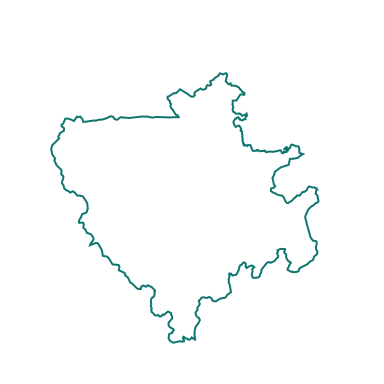 the district of Lalangina, Haute Matsiatra, Madagascar, rotated 149°
{"feature_id": "10022922B72540367204165", "entity_name": "Lalangina", "entity_type": "district", "adm_level": 2, "iso_a3": "MDG", "parent_name": "Madagascar", "parent_adm1": "Haute Matsiatra", "projection": "albers", "projection_center": [47.222, -21.414], "detail": "fine", "context": "isolated", "style": "outline", "palette": "teal", "viewbox_px": 384, "rotation_deg": 149, "n_neighbors": 0, "source": "geoboundaries", "source_scale": "gbopen_adm2", "svg_char_len": 5973}
<svg xmlns="http://www.w3.org/2000/svg" viewBox="0 0 384 384"><g transform="rotate(149 192 192)"><path d="M98.1,257.6L99.8,260.5L103.4,263.0L103.5,263.9L103.0,265.1L105.1,265.5L106.1,269.5L101.3,274.6L101.6,276.3L105.0,276.9L106.6,279.1L107.3,279.3L109.8,278.0L113.9,278.0L115.5,277.2L119.4,277.6L119.9,277.1L119.8,275.0L120.5,274.0L122.3,274.2L123.6,275.7L125.6,274.9L126.1,273.9L127.6,273.4L129.5,273.9L130.6,274.7L131.4,276.3L137.7,276.1L139.1,275.4L139.8,273.5L141.6,273.0L143.3,274.0L144.3,275.6L144.8,277.4L149.3,286.2L154.0,285.0L155.2,285.1L156.5,286.1L162.0,285.9L163.7,286.2L164.3,285.9L164.9,283.7L164.2,281.5L165.0,279.2L164.6,278.3L166.3,276.7L166.5,275.4L166.1,270.3L166.2,266.8L164.9,265.4L164.9,263.1L172.5,267.3L184.6,275.1L187.5,276.0L191.4,279.6L196.9,282.9L207.6,287.7L214.8,292.9L218.8,292.5L219.5,292.8L220.8,294.6L220.9,297.0L222.4,298.7L224.2,299.1L226.7,299.1L231.9,300.4L234.6,301.9L237.9,302.7L238.5,303.5L247.6,307.3L249.1,308.2L248.4,310.9L249.0,314.3L250.8,314.6L251.9,315.9L256.6,313.6L258.3,316.3L261.1,319.3L262.8,320.1L267.3,316.9L269.4,316.8L269.9,315.1L269.1,313.9L268.9,312.5L270.4,310.4L274.3,310.5L275.5,310.1L275.9,309.5L277.8,308.6L278.5,307.0L278.4,306.3L287.9,304.0L290.6,301.3L292.4,296.3L292.1,291.2L293.7,290.0L294.3,284.5L292.7,278.6L292.7,277.5L295.0,274.7L294.2,271.8L295.0,270.3L298.5,267.4L298.9,266.4L298.7,263.9L299.7,260.9L298.9,258.3L297.5,256.5L296.7,254.2L293.8,254.0L292.8,252.1L292.3,248.4L291.7,247.6L289.9,246.7L287.8,244.2L287.5,238.6L287.7,236.1L289.9,231.4L292.7,229.0L293.8,228.8L297.5,229.6L300.6,227.3L302.9,226.2L304.5,224.4L304.4,223.5L302.2,222.6L301.1,221.5L301.4,220.0L303.5,217.4L303.5,216.7L302.7,214.9L303.2,211.1L300.7,208.4L300.2,206.5L300.2,203.4L300.8,201.9L305.4,200.0L306.8,198.9L300.9,197.9L299.9,197.3L299.1,196.2L299.2,188.5L301.3,183.3L297.9,180.1L297.4,177.6L297.4,170.9L292.6,167.3L292.6,165.7L293.3,164.4L294.9,163.0L294.9,162.4L291.5,157.5L291.5,156.0L292.3,155.0L291.0,151.9L291.5,146.1L290.5,144.6L288.8,137.8L287.6,136.1L286.8,136.1L286.1,135.2L285.4,135.5L284.2,137.0L282.8,137.2L281.7,136.7L280.5,134.7L279.9,134.4L278.3,135.0L276.6,133.0L275.4,130.8L274.4,126.7L274.8,126.1L275.5,126.1L276.3,124.0L277.8,122.6L279.3,121.8L280.3,122.0L282.1,121.3L283.3,120.0L284.6,116.9L286.0,115.7L286.6,112.6L287.4,112.3L288.4,110.2L287.6,108.0L287.5,105.7L285.8,104.3L284.4,104.0L283.8,101.8L282.3,101.3L280.4,102.1L280.1,101.4L278.4,101.1L276.7,101.7L274.1,101.9L272.3,99.0L273.2,96.8L273.1,95.7L274.1,93.8L279.3,92.1L280.9,89.5L280.6,87.4L278.8,84.4L278.6,83.1L280.9,82.3L281.2,81.6L281.8,81.3L282.9,81.8L284.8,81.9L287.4,78.7L287.5,75.7L285.6,72.4L279.3,70.4L277.4,68.6L275.6,68.2L275.3,68.6L275.2,71.3L274.6,72.0L273.6,72.2L273.0,70.0L271.6,68.8L271.2,67.2L270.0,66.7L268.0,67.0L267.1,67.5L265.7,64.1L265.2,63.9L263.6,67.9L260.6,72.5L258.2,74.6L253.8,76.4L251.2,78.2L250.9,80.2L252.0,82.8L252.0,84.4L251.2,86.7L249.3,87.7L248.2,87.8L247.3,89.8L243.3,91.7L242.8,92.4L242.6,94.5L242.0,95.4L240.2,95.6L238.3,96.4L236.6,96.1L234.1,93.6L231.1,93.1L230.0,90.8L230.4,88.7L230.0,87.5L227.8,86.0L222.7,86.1L217.8,84.3L214.5,85.7L210.2,86.0L207.4,93.2L207.3,94.9L205.6,98.2L202.6,101.3L202.7,102.2L202.1,102.9L200.7,102.1L200.3,99.5L197.0,98.4L196.1,98.6L192.6,100.7L188.8,104.3L186.7,104.1L184.6,105.2L183.3,104.4L182.9,102.5L184.5,100.4L184.3,98.7L182.1,98.9L179.3,98.5L178.4,98.0L177.5,96.6L177.5,95.3L179.1,95.4L180.1,94.7L181.1,92.6L183.0,90.7L183.9,88.8L184.0,87.4L183.5,86.7L179.6,84.7L177.6,84.8L175.8,86.6L174.0,87.5L172.5,89.6L164.9,92.5L163.0,92.7L161.6,91.9L161.4,91.0L158.4,90.4L156.2,90.5L153.1,91.7L151.7,91.8L151.0,93.0L150.6,95.8L148.9,96.7L148.7,98.0L145.5,97.7L141.7,95.2L141.8,94.6L143.9,93.3L144.0,91.7L143.4,89.9L144.8,87.8L145.2,86.0L144.9,82.6L143.7,81.1L144.0,80.1L146.1,79.3L147.7,77.9L149.2,77.4L150.2,76.1L147.9,72.2L147.1,72.2L146.5,71.2L145.0,70.2L142.4,69.3L141.4,69.4L139.6,70.9L138.3,71.2L129.8,70.7L127.2,71.6L123.4,71.4L120.3,73.9L117.1,74.2L115.7,75.4L115.3,76.3L115.1,78.8L114.4,80.7L111.8,83.3L111.0,84.9L110.9,85.8L111.3,86.4L113.3,87.8L113.8,91.8L109.9,106.1L109.0,108.1L108.8,110.0L107.5,112.8L101.4,117.1L97.4,118.1L94.8,118.1L91.6,118.7L89.6,118.4L88.4,118.8L86.3,124.4L86.9,126.8L83.6,130.5L83.3,130.2L83.3,130.9L85.0,133.1L86.5,133.9L88.1,135.9L89.0,136.5L91.2,135.7L92.7,134.5L94.0,134.3L96.3,134.3L97.1,135.1L101.5,133.5L103.7,134.9L105.4,134.3L108.8,133.9L110.5,133.1L115.4,133.1L116.2,133.7L116.6,134.9L116.6,138.0L116.1,139.3L116.4,142.3L118.9,144.3L120.6,146.4L121.4,148.2L122.1,148.7L123.5,151.3L123.9,152.2L123.6,152.7L122.3,154.3L119.7,153.5L117.7,154.1L117.9,156.2L115.8,162.6L112.5,164.5L110.6,166.7L103.3,167.4L95.0,165.5L91.0,170.0L87.8,168.2L83.6,166.8L81.3,167.3L77.3,167.3L79.6,170.0L79.6,170.8L77.9,173.4L77.2,175.8L77.5,176.4L79.3,177.8L81.7,181.1L83.4,181.1L85.1,179.3L87.1,179.3L87.8,181.8L88.7,181.8L90.6,181.3L88.5,179.1L89.7,178.7L89.7,178.3L89.0,178.0L90.1,177.6L91.5,178.0L92.5,179.3L93.6,178.2L94.9,179.2L94.4,181.6L95.1,182.5L98.1,183.2L100.1,184.2L101.6,184.5L104.9,186.9L108.0,187.9L108.1,189.8L108.7,189.6L109.9,190.7L112.6,191.8L113.8,193.9L114.7,193.7L114.8,194.5L116.1,194.5L118.5,195.7L118.8,197.8L118.3,198.4L117.9,202.2L119.9,203.4L120.8,203.1L120.8,203.7L123.0,204.6L123.4,205.3L123.0,205.4L123.5,205.8L123.0,206.5L123.2,207.1L122.4,207.6L122.5,209.9L121.1,211.2L120.6,213.5L119.5,214.6L119.2,216.4L118.2,217.4L118.0,218.8L118.8,219.3L118.5,219.9L117.3,220.8L117.3,224.5L118.6,225.1L121.1,225.3L121.1,228.0L120.5,230.7L117.6,232.4L116.4,232.1L115.4,232.6L113.8,232.2L113.8,231.0L113.3,230.4L113.9,229.9L113.8,229.5L112.0,227.4L110.6,227.7L108.7,226.9L107.5,228.7L105.6,229.0L104.9,231.1L106.4,230.7L108.9,231.4L109.7,231.3L109.9,232.9L110.8,234.8L113.3,236.0L114.4,237.2L114.7,238.9L115.4,239.6L115.2,240.4L114.6,242.1L113.2,243.0L112.7,244.0L112.5,245.6L110.0,249.3L106.7,247.6L100.6,250.5L98.9,250.1L97.3,248.4L96.2,249.4L96.1,250.2L97.2,251.7L98.1,257.6Z" fill="none" stroke="#0f766e" stroke-width="2"/></g></svg>